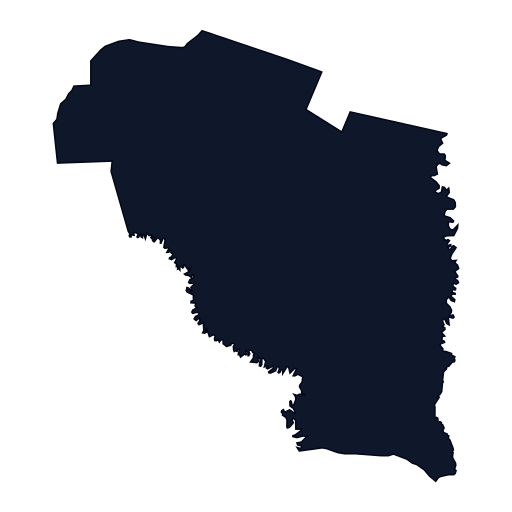 Preah Netr Preah, Bântéay Méanchey, Cambodia
{"feature_id": "14789045B34870424787449", "entity_name": "Preah Netr Preah", "entity_type": "district", "adm_level": 2, "iso_a3": "KHM", "parent_name": "Cambodia", "parent_adm1": "Bântéay Méanchey", "projection": "natural_earth1", "projection_center": [103.28, 13.553], "detail": "fine", "context": "isolated", "style": "filled", "palette": "ink", "viewbox_px": 512, "rotation_deg": 0, "n_neighbors": 0, "source": "geoboundaries", "source_scale": "gbopen_adm2", "svg_char_len": 6102}
<svg xmlns="http://www.w3.org/2000/svg" viewBox="0 0 512 512"><path d="M299.3,451.0L322.2,447.9L326.5,448.6L337.7,452.6L344.8,453.8L356.0,453.8L380.7,455.7L388.4,455.7L393.5,454.1L406.9,459.2L412.2,463.1L416.6,464.5L424.3,469.9L429.5,476.1L435.7,481.3L438.5,477.5L440.7,476.5L448.6,474.7L453.8,474.7L455.2,473.5L456.1,470.6L454.6,469.1L455.8,465.5L455.6,463.2L452.0,456.4L452.6,456.3L452.8,454.2L452.3,452.9L453.1,452.8L452.4,450.9L453.4,450.1L453.1,448.3L449.9,440.0L448.3,438.2L448.8,435.9L447.2,435.1L447.1,433.9L443.4,432.4L443.0,429.9L444.1,428.0L442.7,424.8L441.6,424.3L441.4,422.6L440.0,421.6L438.1,422.3L437.8,418.2L436.4,417.3L434.9,418.0L435.0,407.2L434.4,404.8L439.2,397.3L438.1,395.5L439.7,394.8L441.7,391.7L442.5,383.0L443.3,382.0L442.6,380.0L443.6,371.9L446.4,369.0L446.8,366.7L448.8,366.3L452.2,362.2L454.5,361.7L454.9,360.1L454.3,358.6L454.9,356.7L451.8,355.2L451.2,354.5L451.6,353.5L446.1,351.5L442.3,351.1L443.0,348.9L439.9,345.1L440.9,343.8L444.6,342.4L444.2,341.1L441.9,340.4L442.3,336.5L444.7,336.1L441.5,332.5L445.0,329.4L444.7,327.6L442.3,326.8L444.1,324.8L442.7,321.8L442.9,319.5L444.6,318.7L446.7,323.5L449.2,324.9L448.3,317.7L449.5,317.1L453.0,318.2L454.1,317.0L453.0,314.9L450.4,315.4L449.1,314.6L451.2,312.6L451.6,310.4L450.0,306.9L446.4,303.3L446.3,300.0L447.7,297.7L449.2,297.5L451.2,300.5L454.4,301.7L454.8,299.6L450.8,296.1L452.3,294.1L455.2,294.2L455.1,293.3L452.2,292.4L452.3,290.4L453.3,289.4L455.0,290.1L455.7,289.2L455.7,288.3L453.2,286.4L452.8,284.7L453.7,283.4L456.2,284.2L458.5,282.7L457.7,280.6L455.0,279.1L454.7,278.1L457.7,277.0L457.8,276.1L454.7,271.5L458.7,268.5L457.5,265.1L454.7,262.6L456.2,260.4L452.0,260.8L450.2,258.4L451.7,254.3L456.1,247.6L453.6,245.7L452.5,246.1L450.4,249.5L448.8,249.2L447.7,247.6L450.7,246.0L450.7,244.6L447.5,245.5L446.7,244.4L449.5,240.7L448.0,239.6L446.3,240.4L444.5,239.5L443.3,237.4L446.9,235.8L453.8,235.6L457.5,228.3L457.8,225.0L453.5,229.5L452.1,229.9L449.8,228.8L448.3,225.7L448.5,221.8L453.0,222.2L453.6,221.0L450.2,217.7L444.7,216.0L444.3,215.1L445.0,211.4L447.0,209.2L453.4,209.1L455.4,206.7L455.3,202.6L453.7,199.8L447.2,197.2L446.6,196.2L449.3,192.5L448.7,188.1L446.5,190.3L444.5,187.4L442.4,186.8L441.3,192.3L438.3,193.5L435.5,192.4L435.4,190.5L439.1,188.2L439.2,185.7L436.3,182.0L430.1,177.3L431.8,175.5L433.9,175.7L437.4,174.1L436.1,166.7L438.2,163.8L440.4,163.4L441.8,164.7L446.3,165.7L449.5,163.2L444.9,160.3L445.4,155.9L444.3,154.0L439.5,154.0L437.0,150.5L438.7,146.4L442.6,143.2L440.7,138.9L441.0,138.2L446.5,135.1L447.0,133.6L350.2,111.9L341.8,132.0L306.0,109.5L321.8,72.0L289.1,60.1L202.1,30.7L197.9,35.4L187.4,43.5L184.7,47.0L182.3,47.6L168.3,46.6L138.8,42.1L129.5,39.7L118.7,41.3L105.2,46.3L100.6,50.1L90.8,60.9L90.8,85.2L73.9,86.1L71.9,90.5L68.7,93.7L65.8,99.3L60.7,103.8L57.8,113.3L56.9,119.3L53.3,123.5L57.5,163.1L112.2,161.1L111.1,171.5L128.3,231.5L130.0,234.0L129.2,235.5L129.7,236.9L131.1,236.9L131.5,234.8L134.1,235.3L133.6,233.0L135.0,232.5L138.2,233.7L137.0,237.0L137.5,237.5L138.6,237.3L140.5,233.9L141.8,235.2L141.0,235.8L141.1,236.9L142.5,237.7L142.7,235.0L143.9,234.6L145.4,238.8L147.1,232.6L149.0,235.6L151.5,234.9L151.8,236.0L150.8,237.5L152.0,238.8L153.5,236.6L154.4,237.1L153.8,239.4L152.6,240.3L153.4,241.6L154.3,241.8L157.4,238.0L158.5,238.0L160.6,240.4L160.3,243.1L161.0,243.2L163.3,237.9L164.0,237.9L165.1,240.0L163.8,247.3L164.9,248.3L168.2,247.8L169.0,248.5L166.7,252.4L168.8,252.4L169.8,250.2L171.2,250.9L170.8,252.5L172.9,254.2L171.5,256.9L169.7,257.6L169.3,258.7L171.6,259.7L174.7,257.7L176.3,257.8L176.4,259.3L174.6,262.6L176.5,263.8L176.3,266.7L178.0,266.6L177.6,269.1L178.5,268.6L179.9,270.1L179.8,266.5L180.9,266.4L182.8,268.0L183.7,267.0L183.7,265.0L184.6,264.7L187.0,268.5L187.8,268.4L188.2,270.3L190.3,268.4L189.3,271.6L184.4,274.0L185.5,275.0L188.9,275.6L191.2,277.4L192.9,274.5L193.7,274.8L193.9,277.4L189.8,279.7L188.6,282.5L189.8,283.4L194.0,283.0L194.3,283.9L190.9,287.4L192.0,290.9L191.3,291.3L188.7,288.0L186.9,287.5L186.2,290.6L187.1,292.0L193.3,295.0L193.4,300.5L191.1,301.2L190.9,302.8L195.8,303.2L195.0,306.0L196.9,307.8L192.8,310.0L191.8,312.1L192.8,313.4L196.4,312.4L198.4,312.7L199.1,313.7L198.4,315.2L195.6,316.3L194.1,318.9L196.1,320.6L199.4,317.9L199.9,318.4L199.7,320.7L198.0,323.4L199.0,324.7L203.3,322.8L203.8,330.5L202.6,332.8L204.5,333.2L206.5,332.3L205.8,330.0L206.9,329.0L209.4,336.7L213.3,334.9L214.6,335.2L215.2,336.0L214.4,338.8L214.8,340.6L216.7,340.7L218.2,339.6L219.4,342.1L221.2,339.5L223.1,340.3L223.1,343.7L226.5,346.5L230.7,345.2L231.6,343.3L234.4,343.7L234.7,344.6L233.3,346.5L233.7,350.6L234.3,351.5L235.4,350.8L237.1,351.4L237.8,349.2L238.8,349.1L239.4,349.7L238.2,354.7L239.7,355.1L240.5,357.1L244.3,354.2L246.0,354.9L246.5,354.3L245.4,351.1L246.0,350.2L247.8,352.4L248.1,355.8L248.7,355.7L249.8,353.8L248.9,351.6L249.2,350.3L251.5,350.2L252.8,352.6L254.7,353.2L253.5,354.7L253.4,357.9L250.5,362.0L256.9,362.7L258.3,361.5L258.0,357.3L258.6,356.8L260.2,359.3L259.3,365.8L260.7,366.3L261.8,364.6L261.9,359.2L262.6,358.0L263.4,358.1L265.7,361.4L264.3,366.9L267.1,365.6L268.0,366.0L266.3,367.9L267.5,368.9L273.0,366.1L273.3,368.2L268.6,371.9L268.9,372.9L270.4,373.1L275.6,370.8L277.4,366.2L278.8,367.2L279.4,368.8L278.0,372.4L278.8,373.0L280.1,372.2L281.2,369.7L282.0,369.6L282.7,369.9L282.7,373.7L287.0,366.8L288.6,367.2L290.0,373.1L294.7,368.4L296.6,368.6L293.1,375.8L294.8,375.9L297.9,374.3L302.8,376.8L302.0,382.1L299.7,385.3L299.5,386.9L301.6,390.6L301.6,393.1L304.7,394.2L304.4,394.9L299.4,394.2L297.1,395.4L294.0,394.4L295.4,396.5L295.8,399.4L293.9,404.6L292.8,405.3L292.1,404.9L291.2,401.2L290.5,400.8L289.8,401.8L290.0,406.0L293.4,408.5L295.6,413.1L295.0,413.6L289.7,409.8L284.5,412.3L283.5,409.6L281.9,410.5L281.3,412.1L282.7,413.7L282.5,415.2L285.7,417.3L287.0,419.9L286.8,427.0L287.4,428.0L289.5,427.3L292.9,423.4L293.3,422.5L291.9,419.8L293.3,418.3L295.6,420.2L295.8,429.2L301.4,429.2L300.8,430.7L295.5,434.7L292.8,435.8L292.8,436.6L297.0,437.6L303.3,436.0L306.9,436.4L301.4,442.0L296.9,442.9L297.7,445.0L301.6,446.0L301.9,446.9L300.5,448.4L297.0,447.4L299.3,451.0Z" fill="#0f172a" stroke="#020617" stroke-width="1.5"/></svg>